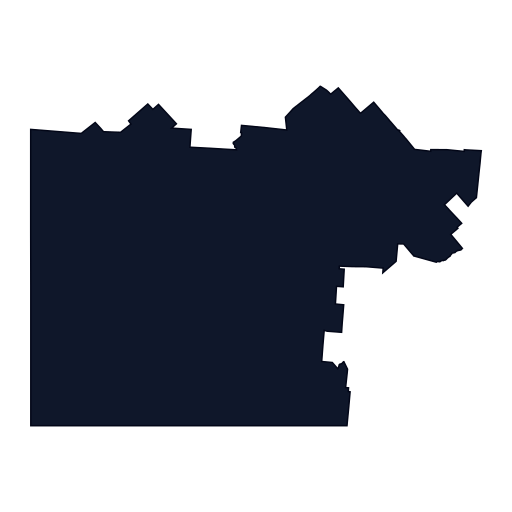 Diamantina, Queensland, Australia (Mercator projection)
{"feature_id": "25037944B3552129947749", "entity_name": "Diamantina", "entity_type": "district", "adm_level": 2, "iso_a3": "AUS", "parent_name": "Australia", "parent_adm1": "Queensland", "projection": "mercator", "projection_center": [140.812, -24.577], "detail": "fine", "context": "isolated", "style": "filled", "palette": "ink", "viewbox_px": 512, "rotation_deg": 0, "n_neighbors": 0, "source": "geoboundaries", "source_scale": "gbopen_adm2", "svg_char_len": 4609}
<svg xmlns="http://www.w3.org/2000/svg" viewBox="0 0 512 512"><path d="M481.3,150.7L466.2,149.9L464.3,149.7L464.2,151.4L446.9,149.7L430.8,149.6L430.7,151.3L422.5,150.3L414.6,149.4L406.6,139.6L406.4,139.3L405.0,137.8L403.7,136.2L399.0,130.9L399.5,130.5L398.6,130.0L397.8,130.2L395.8,127.8L390.1,121.2L389.5,120.7L389.1,120.0L385.3,115.6L383.1,113.4L382.1,112.1L373.7,102.2L362.0,112.1L360.5,113.2L360.3,113.2L357.1,109.5L356.8,109.4L356.8,109.2L355.3,107.5L354.2,106.2L350.8,102.2L338.3,87.9L335.3,90.4L334.9,90.7L330.7,94.2L328.2,91.7L326.4,90.1L320.7,86.5L320.2,86.3L318.7,87.8L318.2,88.3L317.9,88.5L316.2,90.1L315.8,90.4L315.7,90.5L314.9,91.2L313.2,92.7L312.9,92.9L312.6,93.2L312.5,93.3L312.3,93.4L310.4,95.1L310.3,95.3L298.2,104.7L297.0,105.7L296.0,106.4L293.1,108.7L290.0,112.2L285.4,117.2L286.8,130.0L265.0,127.6L264.4,127.5L261.8,127.3L260.1,127.1L258.8,127.0L258.7,127.0L258.0,126.9L255.2,126.7L252.5,126.4L241.5,125.4L240.7,132.6L241.6,132.8L241.3,136.1L236.2,140.4L235.7,140.8L233.3,142.3L233.3,142.5L233.5,142.8L233.5,143.0L233.4,143.2L233.5,143.3L233.4,143.5L233.6,143.6L233.6,143.8L233.6,144.0L233.9,144.3L234.1,144.6L234.3,144.7L234.5,144.9L234.6,145.3L234.7,145.7L234.8,146.1L234.7,146.4L234.7,146.7L234.8,147.0L234.9,147.3L235.1,147.4L235.3,147.4L235.5,147.5L235.9,147.7L236.1,147.9L236.1,148.3L236.2,148.6L236.4,149.0L236.4,149.5L236.5,149.8L227.2,149.3L208.9,148.2L208.7,148.2L193.6,147.4L189.9,147.2L191.2,129.4L171.6,128.1L176.4,123.8L158.5,104.4L152.9,109.4L147.8,104.0L128.6,120.8L131.0,124.1L125.5,128.4L120.6,132.3L113.9,132.1L103.5,131.7L100.7,128.4L95.2,122.5L81.3,133.4L77.2,133.1L30.7,129.4L30.7,145.9L30.7,171.1L30.7,181.9L30.7,183.4L30.7,207.8L30.7,216.5L30.7,232.1L30.8,285.9L30.8,322.5L30.8,355.6L30.8,371.4L30.8,411.7L30.8,415.2L30.8,425.7L43.8,425.7L46.4,425.7L46.5,425.7L67.0,425.7L70.6,425.7L72.7,425.7L73.0,425.7L106.6,425.7L111.6,425.7L112.2,425.7L138.4,425.7L156.9,425.7L159.5,425.7L162.2,425.7L164.0,425.7L164.6,425.7L173.3,425.7L174.4,425.7L178.1,425.7L180.2,425.7L182.1,425.7L225.8,425.7L229.7,425.7L230.6,425.7L233.0,425.7L234.5,425.7L260.6,425.7L286.9,425.7L288.1,425.7L295.6,425.7L330.6,425.7L339.3,425.7L347.0,425.7L347.2,423.6L347.2,423.3L348.8,406.5L350.1,391.8L348.3,391.6L348.3,391.4L348.5,387.8L345.6,387.6L347.1,373.7L347.5,369.7L347.5,369.1L344.2,362.4L344.2,362.5L344.2,362.4L343.9,361.7L343.6,361.7L343.2,362.0L343.0,362.3L342.7,362.6L342.8,362.7L342.4,363.1L342.1,363.4L340.9,363.9L340.1,364.1L339.6,364.3L339.3,364.7L339.1,365.0L339.3,365.2L339.1,365.7L338.9,366.0L338.7,366.5L338.5,367.3L338.3,367.7L338.1,367.9L338.1,368.4L337.8,368.8L332.3,362.5L321.7,361.5L322.5,350.7L323.1,343.0L324.2,330.3L327.1,331.2L341.6,332.3L342.2,323.3L342.8,316.2L343.7,304.8L335.4,304.0L335.7,299.5L336.5,286.3L343.2,286.8L344.2,269.2L339.2,268.8L339.3,266.1L352.7,266.6L366.0,266.7L383.2,268.1L382.8,272.8L390.1,266.5L396.1,261.3L397.7,243.8L399.8,243.9L403.6,243.9L413.1,255.1L413.7,255.3L413.7,255.9L433.8,261.5L436.3,262.2L436.6,262.0L436.7,261.8L437.0,261.7L437.5,261.6L437.9,261.5L438.1,261.5L438.3,261.6L438.5,261.6L438.9,261.7L439.0,261.7L439.4,261.6L439.6,261.7L439.8,261.8L440.0,261.7L440.5,261.3L440.8,261.1L440.9,260.8L441.2,260.7L441.5,260.7L441.8,260.7L442.0,260.6L442.3,260.5L442.5,260.4L442.9,260.5L443.2,260.6L443.3,260.4L443.5,260.3L444.1,260.2L444.3,260.2L444.6,260.2L444.8,260.2L445.0,260.1L445.5,259.9L445.7,259.7L445.9,259.6L446.1,259.4L446.4,259.1L446.5,258.9L446.8,258.7L446.9,258.4L447.0,258.3L447.2,258.2L447.4,258.1L447.5,258.0L447.6,257.8L447.8,257.7L448.0,257.6L448.3,257.3L448.5,257.1L448.9,256.9L449.2,256.7L449.4,256.6L449.7,256.4L449.9,256.3L450.1,256.1L450.2,255.9L450.3,255.6L450.4,255.3L450.6,255.0L450.8,254.9L451.0,254.7L451.2,254.4L451.3,254.2L451.6,254.0L451.7,253.8L451.7,253.5L451.9,253.3L452.1,253.2L452.3,253.0L452.6,253.0L453.1,253.0L453.3,252.9L453.5,252.8L453.9,252.8L454.2,252.7L454.4,252.6L454.6,252.6L454.8,252.6L455.1,252.4L455.2,252.1L455.5,252.0L455.6,251.8L455.8,251.6L456.0,251.5L456.3,251.3L456.7,251.1L456.9,251.0L457.3,250.8L457.5,250.7L457.7,250.4L458.0,250.3L458.3,250.4L458.6,250.5L458.8,250.4L459.1,250.3L459.3,250.3L459.6,250.2L459.9,250.2L460.2,250.1L460.5,250.0L460.7,249.9L460.9,249.8L461.2,249.7L461.5,249.5L461.7,249.2L461.8,249.0L461.9,248.6L462.1,248.4L462.3,248.3L461.4,247.2L450.7,234.3L451.5,233.7L457.9,228.3L457.1,227.2L461.7,223.3L458.1,219.4L448.8,209.5L448.8,209.4L444.4,204.7L447.3,202.0L456.7,193.1L468.1,206.2L471.2,202.2L476.4,197.6L477.7,185.2L478.7,175.5L479.3,169.7L480.0,163.5L480.0,163.4L480.2,161.2L481.0,152.8L481.3,150.7Z" fill="#0f172a" stroke="#020617" stroke-width="1.5"/></svg>